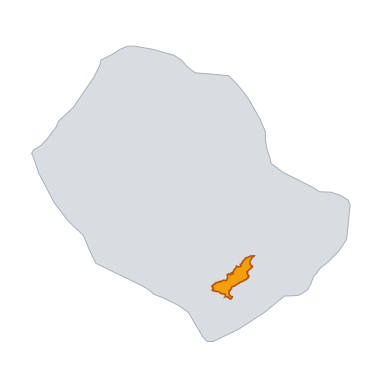 Ramoetsana, Mafeteng, Lesotho (highlighted), rotated 265°
{"feature_id": "5366337B15591495914188", "entity_name": "Ramoetsana", "entity_type": "district", "adm_level": 2, "iso_a3": "LSO", "parent_name": "Lesotho", "parent_adm1": "Mafeteng", "projection": "robinson", "projection_center": [27.537, -29.836], "detail": "fine", "context": "in_parent", "style": "filled", "palette": "amber", "viewbox_px": 384, "rotation_deg": 265, "n_neighbors": 0, "source": "geoboundaries", "source_scale": "gbopen_adm2", "svg_char_len": 6249}
<svg xmlns="http://www.w3.org/2000/svg" viewBox="0 0 384 384"><g transform="rotate(265 192 192)"><path d="M258.1,266.4L246.5,270.1L244.9,270.4L237.5,269.6L227.6,270.5L219.8,272.5L213.7,273.3L203.8,284.1L185.9,313.1L181.1,319.2L179.7,330.6L175.6,339.6L170.5,346.7L165.5,348.4L150.6,345.6L131.5,342.0L120.4,333.2L110.5,321.7L105.2,313.3L99.8,308.7L97.9,306.2L90.1,302.3L87.2,300.3L84.6,298.9L81.5,293.3L79.6,288.5L80.3,275.0L74.8,266.9L65.4,253.2L59.5,242.0L51.3,226.6L46.3,213.5L41.2,199.9L41.8,194.1L46.8,190.1L61.2,183.2L72.4,177.9L80.5,168.2L89.2,153.8L93.5,145.0L97.8,141.1L102.4,134.9L110.6,121.3L119.6,106.2L129.3,90.0L141.6,85.3L158.3,79.9L174.4,65.7L193.6,53.7L224.5,40.8L238.9,37.5L244.4,35.6L247.9,38.0L251.5,45.5L256.8,51.7L268.9,62.5L274.1,65.1L286.6,81.1L300.1,92.1L315.5,104.7L326.0,111.0L331.4,112.7L335.8,123.9L340.3,132.3L342.8,140.0L342.3,147.6L337.3,166.2L330.1,185.2L324.4,193.0L317.4,198.0L310.5,205.5L307.9,220.7L304.7,238.6L295.8,246.0L288.9,250.8L279.3,256.7L258.1,266.4Z" fill="#d9dde1" stroke="#a8b0b8" stroke-width="1"/><path d="M122.9,248.4L122.8,247.5L123.2,247.0L123.1,246.6L122.9,246.3L123.1,245.9L123.0,245.6L123.2,245.4L123.1,244.9L123.1,244.7L123.0,244.4L122.9,243.8L122.4,243.4L122.3,243.2L122.4,242.9L122.4,242.7L122.1,242.4L121.9,242.0L121.9,241.5L121.8,241.3L122.0,241.0L121.9,240.6L121.9,240.1L121.6,239.6L121.3,239.7L121.0,239.3L120.8,239.3L120.5,238.8L120.2,238.8L120.1,238.5L119.9,238.3L119.9,238.0L119.6,237.8L119.7,237.7L119.4,237.4L118.9,237.1L118.8,236.9L118.5,236.8L118.5,236.6L118.2,236.5L118.1,236.2L117.5,235.8L117.1,235.9L116.8,235.5L116.8,235.4L116.7,235.3L116.3,235.2L116.2,235.0L116.1,234.9L115.8,234.3L115.7,233.8L115.4,233.9L115.2,234.2L114.6,234.3L114.4,234.2L114.1,234.2L114.0,234.3L113.8,234.0L113.7,233.8L113.5,233.7L113.4,233.5L113.4,233.4L113.6,233.0L113.6,232.8L113.3,232.4L113.3,232.0L113.6,231.7L113.6,231.3L113.7,231.1L113.8,230.5L114.1,230.4L114.4,230.0L114.4,229.9L114.0,229.9L113.8,229.8L113.5,229.6L113.4,229.3L113.1,229.3L112.4,228.9L112.3,228.7L112.2,228.7L111.8,228.4L111.7,228.3L111.4,227.8L111.2,228.0L111.1,227.9L111.0,227.6L110.8,227.6L110.3,226.7L109.4,226.4L108.7,226.3L108.3,226.1L107.8,226.0L107.9,225.9L107.5,225.9L107.0,225.6L107.6,225.4L107.8,225.3L107.8,225.0L108.1,224.6L108.1,224.4L108.0,224.2L108.0,223.9L107.6,223.5L106.5,223.6L106.1,223.5L105.8,223.3L106.0,223.0L106.6,222.6L106.7,222.4L106.9,222.0L107.2,221.8L107.4,221.2L107.2,220.8L106.8,220.6L106.2,219.6L105.4,220.0L104.3,220.4L103.9,220.0L103.6,219.9L103.4,219.7L103.1,219.8L102.8,219.5L102.5,219.6L102.3,219.5L101.8,219.2L101.4,218.8L101.2,218.9L100.9,218.8L100.9,218.7L101.0,218.5L101.0,218.4L100.9,218.3L100.9,218.2L100.8,217.9L100.9,217.7L101.0,217.5L100.9,217.4L101.1,217.3L101.1,217.2L101.2,216.8L101.3,216.4L101.2,216.3L101.3,215.9L101.1,215.8L101.2,215.5L101.3,215.5L101.3,215.4L101.2,215.2L101.2,214.9L101.0,214.7L100.9,214.8L100.8,214.6L100.8,214.4L100.8,214.2L100.7,214.0L100.8,213.8L100.7,213.6L100.4,213.4L100.2,213.2L100.5,212.7L100.6,212.1L100.5,211.8L100.0,211.7L100.1,211.3L99.9,211.2L99.9,210.9L100.0,210.7L99.9,210.5L100.0,210.2L99.9,210.1L99.8,209.6L99.8,209.2L99.8,208.9L99.6,208.7L99.5,208.2L99.3,208.2L99.2,208.1L99.3,207.9L99.0,207.9L98.8,207.8L98.8,207.5L98.5,207.3L98.4,206.9L98.1,206.4L98.1,206.2L98.3,206.2L98.1,205.9L98.1,205.7L97.8,205.5L97.7,205.2L97.3,205.0L97.3,204.4L96.7,204.1L96.3,204.2L96.3,203.6L96.1,203.7L96.0,203.8L96.0,204.0L95.8,204.0L94.8,204.4L94.8,204.7L94.1,204.9L94.0,205.0L93.8,205.0L93.5,204.9L93.4,204.5L93.1,204.3L93.0,204.2L93.0,203.9L92.8,203.9L92.8,203.6L92.6,203.6L92.6,203.8L92.4,203.8L92.1,203.9L91.8,204.1L91.8,204.3L92.0,204.5L91.9,204.7L91.6,204.9L91.5,205.1L91.6,205.4L91.4,206.2L91.1,206.5L91.1,206.9L90.9,207.0L90.9,207.3L90.7,207.4L90.6,207.6L90.6,207.8L90.7,208.7L90.6,209.0L90.5,209.5L90.4,209.6L90.4,209.8L90.2,209.9L90.2,210.1L90.1,210.4L89.9,210.6L89.6,210.7L89.4,210.9L89.1,211.0L89.0,211.4L88.9,211.8L88.7,211.8L88.6,212.0L88.4,212.0L88.2,212.3L88.0,212.8L87.9,213.1L87.9,213.6L87.9,213.8L87.7,214.3L87.8,214.6L87.7,214.7L87.8,215.1L87.6,215.5L87.4,215.9L87.1,215.9L86.9,216.0L86.3,216.0L85.5,216.2L85.1,216.2L84.8,216.0L84.6,215.8L84.7,216.3L84.7,216.5L84.8,216.8L84.7,217.2L84.7,217.4L84.5,217.6L84.7,218.2L84.7,218.4L84.2,218.5L83.8,219.4L82.9,219.3L82.8,219.6L82.7,220.1L82.4,220.4L82.2,220.7L82.0,221.0L81.9,221.5L82.1,221.6L82.3,221.7L82.4,221.9L82.8,222.1L82.9,222.4L83.1,222.6L83.4,222.9L83.7,222.8L83.9,223.0L84.2,223.1L84.4,222.6L84.5,222.3L84.5,221.8L84.7,221.6L84.9,221.2L85.5,221.1L85.8,221.0L86.2,220.8L86.4,220.6L87.0,220.4L87.1,220.0L87.4,219.9L88.3,220.1L88.7,220.1L89.6,220.3L90.0,220.9L90.1,221.3L90.3,221.4L90.6,221.1L90.9,221.1L91.0,220.9L91.3,221.7L91.6,222.1L91.9,222.9L92.4,223.0L93.0,222.9L93.1,223.0L93.5,222.9L93.8,223.2L93.9,223.5L94.1,223.8L94.2,224.1L94.5,225.5L94.4,225.9L94.7,226.1L94.7,226.3L94.8,226.3L95.0,226.6L95.3,226.9L95.3,227.2L95.3,227.5L95.6,227.9L95.7,228.2L95.9,228.3L96.1,228.4L96.3,228.8L96.2,229.3L96.8,229.9L96.8,230.2L96.9,230.5L96.9,230.9L97.4,231.3L97.5,231.4L97.4,231.5L97.5,231.6L97.6,231.8L97.9,231.7L98.0,231.8L98.1,232.3L98.3,232.6L98.1,233.0L98.3,233.5L98.2,233.7L98.9,235.1L98.9,235.4L98.8,235.6L99.1,235.9L99.1,236.1L99.6,236.3L99.5,236.5L99.6,236.9L99.9,237.0L100.0,237.5L100.2,238.0L99.9,238.5L100.0,238.6L100.4,238.9L100.8,239.4L100.9,239.5L101.0,239.4L101.3,239.7L101.4,239.8L101.3,240.1L101.4,240.3L101.6,240.1L101.8,240.2L101.9,240.7L102.0,240.7L103.0,241.1L103.0,241.9L103.3,241.2L103.4,240.6L103.5,240.5L103.9,240.9L104.0,241.1L104.1,241.3L104.3,241.2L104.5,240.7L105.0,240.5L105.8,239.8L106.0,239.7L106.3,239.9L106.5,240.1L106.8,240.5L107.0,240.5L107.1,240.0L107.2,239.9L107.6,239.8L107.6,240.1L108.0,240.2L108.2,240.4L108.4,240.5L108.7,241.2L109.0,241.4L109.7,242.4L110.1,242.6L110.2,242.8L110.4,243.8L111.1,244.3L111.5,244.8L111.8,245.0L111.9,245.3L111.9,245.6L112.0,245.6L112.1,245.4L112.3,245.4L112.4,245.1L112.5,245.3L112.8,245.5L112.9,245.2L113.0,245.2L113.1,245.3L113.5,245.3L113.6,245.2L113.8,244.7L114.2,244.2L114.6,243.6L115.1,243.6L115.5,243.7L116.1,243.8L118.1,243.6L118.6,243.9L119.0,244.6L119.2,244.8L120.3,245.5L120.5,245.7L121.4,246.3L122.0,246.9L122.5,247.8L122.5,248.1L122.9,248.4Z" fill="#f59e0b" stroke="#b45309" stroke-width="1.5"/></g></svg>